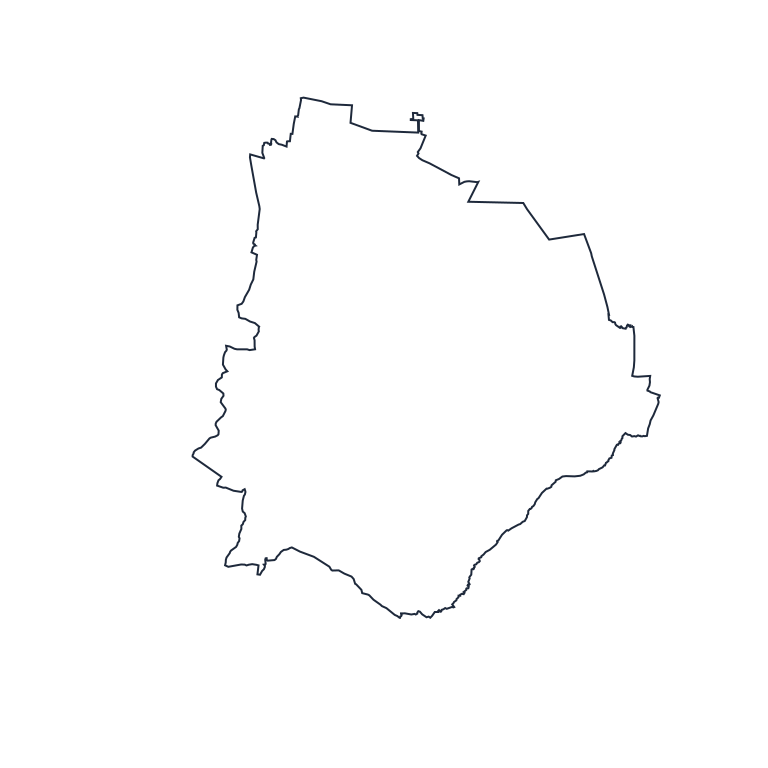 Danesti, Gorj, Romania (Natural Earth projection), rotated 36°
{"feature_id": "2599482B18073944252707", "entity_name": "Danesti", "entity_type": "district", "adm_level": 2, "iso_a3": "ROU", "parent_name": "Romania", "parent_adm1": "Gorj", "projection": "natural_earth1", "projection_center": [23.35, 44.955], "detail": "fine", "context": "isolated", "style": "outline", "palette": "slate", "viewbox_px": 768, "rotation_deg": 36, "n_neighbors": 0, "source": "geoboundaries", "source_scale": "gbopen_adm2", "svg_char_len": 6165}
<svg xmlns="http://www.w3.org/2000/svg" viewBox="0 0 768 768"><g transform="rotate(36 384 384)"><path d="M568.8,519.1L569.7,516.5L569.1,515.3L569.6,512.9L568.7,511.4L570.1,510.5L569.5,509.7L570.3,508.0L572.0,507.2L571.9,505.6L570.7,505.5L571.6,502.3L570.9,501.3L570.9,500.8L572.3,499.7L571.7,498.2L570.1,498.0L569.9,497.0L570.9,496.5L571.0,495.7L568.5,494.5L567.6,491.0L566.8,490.5L566.6,489.6L566.7,487.0L563.9,482.6L564.2,481.8L565.2,481.3L565.3,480.5L564.7,480.0L564.9,478.6L563.5,477.9L563.5,477.1L564.6,475.6L564.5,473.8L565.5,472.3L565.6,471.0L564.8,470.3L563.4,470.0L563.1,469.3L564.5,467.0L564.0,466.1L564.8,463.4L565.0,460.2L567.0,456.0L569.0,448.1L568.9,445.3L568.0,444.9L567.8,444.3L568.5,443.5L568.1,436.6L569.2,430.3L569.6,429.8L570.7,429.6L572.0,425.8L575.5,418.6L576.5,417.3L577.2,414.0L578.4,412.1L577.9,407.7L576.9,406.2L577.0,404.3L575.3,401.9L575.4,399.4L576.0,399.0L576.3,397.5L576.0,396.3L576.6,395.0L576.6,392.7L575.9,390.8L575.6,387.0L576.1,385.6L575.8,379.3L577.0,373.1L577.6,372.8L579.1,370.6L579.8,368.9L579.1,367.4L580.3,362.3L579.6,360.9L581.4,358.0L582.7,354.0L585.4,351.5L592.5,346.7L596.7,342.9L598.7,339.7L599.3,337.2L600.2,336.1L599.8,335.2L604.1,332.2L604.4,331.3L605.1,331.4L606.9,329.5L607.8,328.0L607.9,326.6L609.8,323.0L610.0,320.3L610.7,319.9L609.9,317.3L610.4,316.4L610.4,315.4L610.9,314.7L610.3,313.6L610.1,311.7L611.4,310.0L610.3,308.0L611.0,307.0L610.0,305.7L609.2,301.9L608.7,301.4L608.1,296.3L609.1,295.6L608.8,294.8L609.4,293.6L608.9,293.0L609.9,292.8L609.7,292.0L608.7,291.3L609.1,290.3L608.5,288.4L608.7,287.7L607.6,286.1L608.2,281.8L611.1,281.7L613.1,280.6L615.5,280.7L617.2,279.0L618.8,278.4L619.7,276.2L621.2,275.9L621.6,275.4L622.3,275.5L623.9,274.4L624.5,273.4L625.7,272.9L627.2,271.4L623.8,264.7L622.6,260.3L621.1,256.8L620.4,251.2L617.5,238.8L616.8,237.2L613.6,234.6L613.7,233.9L614.5,233.5L613.8,231.1L604.4,234.0L603.4,233.8L601.0,234.5L600.5,233.9L599.7,229.3L598.1,226.2L596.1,223.9L594.6,221.0L585.1,228.9L582.0,230.8L580.0,231.5L576.3,223.6L572.7,217.8L558.2,197.8L552.3,191.3L551.4,191.9L550.7,191.4L549.7,193.2L549.1,193.1L548.7,192.1L548.1,193.0L547.3,192.4L546.3,192.7L546.3,193.1L546.7,193.3L546.3,194.0L547.0,195.7L546.7,196.3L547.0,197.2L544.4,198.5L542.0,197.9L541.6,198.4L542.3,199.5L542.0,199.9L537.2,200.0L536.0,199.6L534.8,198.5L533.9,198.6L532.6,199.6L530.1,199.3L528.3,199.9L524.7,195.8L525.2,195.6L519.4,190.3L509.4,182.2L477.1,158.6L474.7,156.4L457.7,145.1L432.7,170.1L397.0,158.5L390.3,155.7L345.1,187.0L341.5,165.0L340.8,165.9L333.7,169.9L331.9,171.4L330.2,173.2L327.6,178.3L323.8,173.5L315.7,175.3L291.1,178.7L283.5,180.4L279.6,180.6L276.6,180.0L276.4,177.2L275.0,176.5L275.0,171.9L271.7,158.5L267.7,159.8L267.1,159.6L266.1,157.7L263.6,158.8L257.1,150.0L261.1,148.0L260.0,145.9L259.3,146.4L257.1,143.9L252.9,146.6L251.7,145.3L248.1,147.7L251.9,152.4L250.0,154.0L250.5,154.7L256.5,150.7L263.9,160.5L225.5,186.1L203.4,192.4L194.3,177.3L176.4,189.1L167.3,191.9L150.6,199.6L148.7,201.7L150.0,203.1L153.5,210.7L153.6,211.7L156.6,217.1L156.4,218.4L156.8,218.6L154.9,219.7L158.1,226.6L162.9,235.5L161.5,236.4L165.2,242.9L163.0,244.6L163.0,244.9L165.6,249.2L160.7,250.5L157.8,251.8L155.0,251.7L152.9,250.6L150.8,250.7L149.1,251.7L149.3,252.5L150.7,255.1L151.7,256.0L151.9,257.0L151.2,257.6L150.3,257.0L148.8,257.6L148.0,257.2L146.6,258.1L145.4,259.3L146.4,261.5L145.9,262.6L149.7,268.5L154.3,271.6L154.3,272.0L140.8,276.9L142.3,279.4L148.1,285.1L168.1,304.3L178.6,313.4L180.6,315.5L188.2,329.4L190.9,333.0L190.8,335.6L191.7,336.5L194.2,340.7L193.4,341.8L195.0,346.4L195.7,347.2L197.6,347.1L198.0,347.6L198.7,347.6L197.9,348.5L197.7,350.6L199.4,355.4L205.3,354.1L207.7,358.7L209.0,359.9L213.0,369.4L216.8,376.2L217.8,381.9L219.5,387.0L220.4,395.5L221.7,399.9L221.7,402.8L219.2,406.5L221.8,410.2L224.6,411.9L227.6,415.2L230.2,414.6L233.5,412.8L238.9,412.2L243.7,410.6L249.3,411.0L249.4,411.7L250.7,413.9L251.8,415.0L252.4,419.8L251.6,422.1L251.7,423.2L253.6,424.7L257.3,429.7L259.3,431.7L255.3,435.6L252.9,436.4L244.8,442.3L242.3,443.4L237.2,444.3L233.8,445.9L236.6,448.6L236.9,449.6L236.7,451.7L237.6,454.9L238.5,457.0L242.3,463.0L247.3,465.3L249.8,465.8L247.2,470.0L247.3,471.6L248.9,474.0L247.3,478.4L247.7,482.3L249.6,484.9L252.0,486.3L254.3,485.7L259.6,486.1L261.1,487.9L261.1,491.6L262.6,494.7L270.2,497.1L271.1,497.8L271.6,499.0L272.5,504.7L271.8,506.8L270.7,513.0L271.1,514.9L272.0,516.3L277.7,518.9L279.6,521.9L279.6,523.2L278.3,525.8L275.4,529.2L274.8,530.6L274.3,537.8L273.4,543.0L271.8,545.2L270.3,548.9L270.2,551.1L270.8,552.2L271.0,554.0L271.8,555.2L307.1,554.6L307.2,557.2L306.7,559.2L307.5,562.1L308.7,564.3L314.9,562.4L316.9,560.8L325.0,558.8L332.0,555.2L332.5,554.4L332.1,553.1L333.1,551.0L334.5,552.0L335.4,552.8L336.4,555.2L336.4,556.8L338.2,561.3L342.4,568.2L344.7,570.2L347.2,570.4L350.1,572.4L350.4,573.7L351.7,575.7L351.4,578.1L352.2,580.5L351.8,582.4L353.8,585.1L354.9,590.1L356.4,593.0L357.8,593.7L359.1,596.2L359.1,598.7L359.8,600.2L360.1,602.7L358.1,608.8L358.2,610.5L358.6,611.5L358.6,616.9L359.4,619.2L360.8,621.3L362.0,624.1L365.5,623.4L374.5,614.0L377.5,612.0L379.4,611.6L380.9,609.6L383.3,607.2L387.0,605.3L389.1,604.5L393.5,612.4L395.8,611.2L395.3,606.9L395.7,604.5L395.2,602.2L394.5,601.1L393.0,600.7L394.0,599.7L394.0,599.1L391.2,596.0L390.7,594.6L391.4,593.9L392.8,595.4L393.7,595.3L398.9,590.8L399.4,589.1L398.9,586.8L399.4,583.2L399.3,580.5L400.4,577.2L402.4,575.4L403.6,573.7L404.2,572.1L405.5,570.4L414.5,569.0L428.9,565.0L447.2,563.9L450.4,565.3L451.8,565.3L456.9,561.4L463.4,560.7L470.9,558.9L474.1,559.6L478.1,562.6L479.1,562.4L486.7,563.8L489.3,566.0L494.8,563.8L496.3,563.6L502.3,564.7L510.9,564.6L512.8,564.9L517.7,563.9L528.4,564.5L531.2,563.9L534.0,564.0L534.4,563.8L533.9,562.3L534.3,561.8L534.3,561.1L533.7,559.9L532.9,560.0L532.6,559.6L535.8,557.2L541.6,554.4L543.9,552.0L545.2,551.8L545.9,550.2L545.3,549.4L545.3,547.6L546.9,547.1L550.3,547.9L555.5,547.7L556.9,545.9L558.8,545.9L559.2,543.3L559.1,538.6L562.0,536.5L561.2,535.7L561.4,534.6L563.8,534.8L563.9,534.0L563.4,532.8L564.5,531.3L565.2,529.3L566.9,529.0L570.0,524.5L571.5,523.9L571.9,523.2L568.7,522.2L569.0,520.6L568.8,519.1Z" fill="none" stroke="#1e293b" stroke-width="2"/></g></svg>